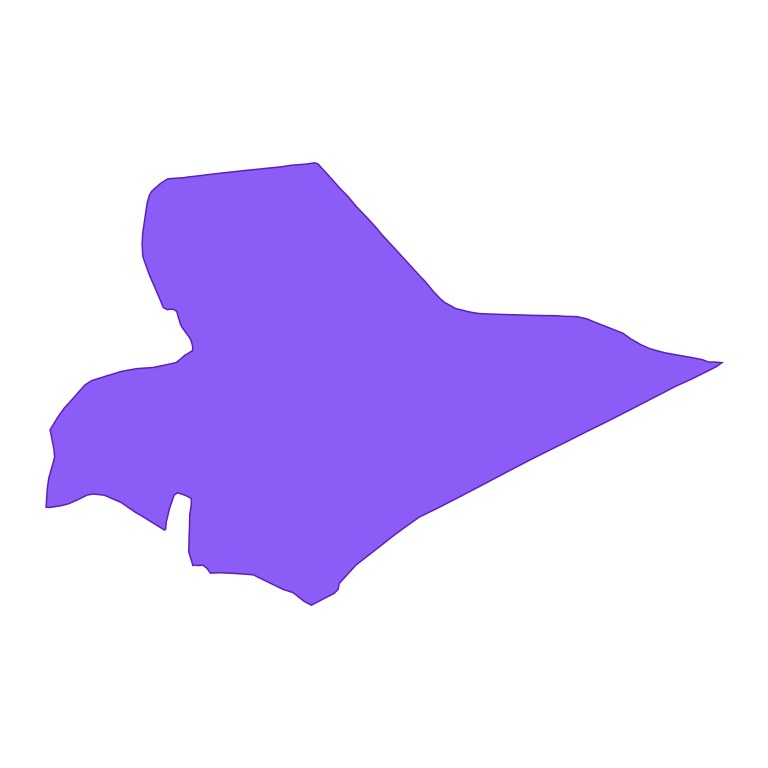 Shahba, As Suwayda', Syria
{"feature_id": "27442178B615257865565", "entity_name": "Shahba", "entity_type": "district", "adm_level": 2, "iso_a3": "SYR", "parent_name": "Syria", "parent_adm1": "As Suwayda'", "projection": "equal_earth", "projection_center": [36.676, 32.985], "detail": "fine", "context": "isolated", "style": "filled", "palette": "violet", "viewbox_px": 768, "rotation_deg": 0, "n_neighbors": 0, "source": "geoboundaries", "source_scale": "gbopen_adm2", "svg_char_len": 2562}
<svg xmlns="http://www.w3.org/2000/svg" viewBox="0 0 768 768"><path d="M206.6,174.8L201.5,175.5L187.2,177.1L182.5,177.9L181.7,177.9L180.7,177.9L167.9,178.8L160.8,183.2L151.8,191.1L149.4,195.1L147.2,202.7L142.7,233.3L142.1,244.0L142.8,256.0L142.9,256.8L146.2,266.1L149.5,275.3L149.9,276.2L151.5,279.8L158.3,295.5L163.2,307.2L163.6,307.7L167.2,309.6L170.7,309.2L173.6,309.4L176.7,311.4L179.7,321.7L180.3,323.9L182.1,327.4L189.1,337.0L191.0,340.3L191.9,343.4L192.8,347.6L192.6,349.2L192.4,350.7L188.6,353.0L184.9,355.2L181.1,358.6L176.0,362.7L155.0,367.1L154.4,367.2L154.2,367.3L153.9,367.4L153.6,367.4L150.2,367.7L137.0,368.6L121.7,371.3L109.8,375.0L108.9,375.2L107.2,375.7L105.9,376.1L104.3,376.7L104.2,376.7L103.9,376.8L91.7,380.6L85.0,384.9L81.6,388.7L72.0,399.6L64.3,408.0L57.6,417.4L50.1,429.8L54.0,449.6L54.6,457.5L48.7,478.4L47.2,489.7L46.1,507.2L49.3,507.5L61.1,505.7L68.5,503.8L78.5,499.4L87.0,495.1L93.3,494.0L104.2,495.2L121.2,502.5L135.9,512.7L140.4,515.1L143.8,517.2L147.2,519.3L150.5,521.4L156.0,524.8L161.0,527.9L164.4,530.0L165.6,529.4L166.4,521.2L167.1,518.6L167.7,516.1L168.6,512.2L169.6,508.3L174.1,495.1L174.6,494.8L177.6,492.8L185.0,495.2L191.3,498.4L191.3,504.8L189.8,514.6L189.6,520.5L189.5,526.3L189.3,532.1L189.2,534.0L189.0,541.5L188.9,546.5L188.7,551.6L192.9,565.5L194.2,565.3L195.6,565.1L198.2,565.6L202.8,565.1L207.0,568.3L210.4,573.1L218.0,572.8L220.5,572.7L224.1,572.9L227.6,573.1L229.9,573.2L232.3,573.3L237.0,573.6L253.3,574.8L260.7,578.5L283.0,589.4L293.2,592.7L304.0,601.3L311.4,605.2L311.8,605.0L323.4,598.9L334.1,593.4L338.1,589.4L339.2,583.5L356.0,565.0L361.3,560.9L371.2,553.2L394.0,535.3L395.2,534.4L403.8,528.1L419.2,517.1L437.5,508.2L456.2,498.6L491.8,480.0L508.9,470.9L530.3,459.8L549.4,450.2L569.3,440.4L587.8,431.0L605.6,422.3L622.7,413.6L640.0,404.7L659.2,394.8L675.4,386.4L692.2,378.8L716.5,366.6L721.6,362.9L721.9,362.7L715.6,362.1L714.3,362.0L713.2,362.0L708.4,362.0L702.5,359.7L692.6,357.7L665.3,352.9L650.0,348.8L640.5,344.5L630.0,338.4L623.2,333.4L609.2,327.8L593.6,321.7L590.3,320.3L587.0,318.9L576.9,316.6L564.1,316.3L556.9,315.7L542.5,315.5L530.1,315.3L519.9,314.9L510.6,314.7L491.6,314.1L478.6,313.5L472.4,312.5L466.4,311.2L455.8,308.6L450.9,305.8L450.1,305.4L444.6,302.5L440.0,298.5L433.6,291.7L424.9,281.2L420.1,276.3L408.0,263.0L401.1,255.5L392.7,246.3L381.3,234.0L376.9,228.5L366.1,216.7L356.0,206.2L348.3,196.8L339.6,187.9L329.1,176.1L324.7,171.3L318.1,164.0L314.6,162.8L307.0,164.0L290.9,165.3L281.3,166.8L246.8,170.3L221.9,173.0L206.6,174.8Z" fill="#8b5cf6" stroke="#5b21b6" stroke-width="1.5"/></svg>